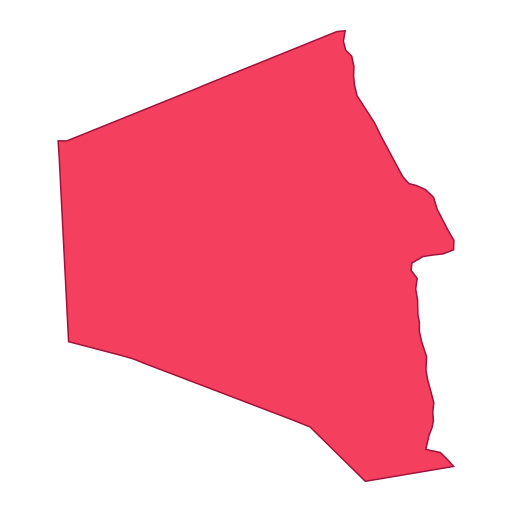 the district of Várzea Grande, Piauí, Brazil
{"feature_id": "56859067B71883429484775", "entity_name": "Várzea Grande", "entity_type": "district", "adm_level": 2, "iso_a3": "BRA", "parent_name": "Brazil", "parent_adm1": "Piauí", "projection": "albers", "projection_center": [-42.19, -6.555], "detail": "fine", "context": "isolated", "style": "filled", "palette": "rose", "viewbox_px": 512, "rotation_deg": 0, "n_neighbors": 0, "source": "geoboundaries", "source_scale": "gbopen_adm2", "svg_char_len": 859}
<svg xmlns="http://www.w3.org/2000/svg" viewBox="0 0 512 512"><path d="M59.2,157.3L68.6,341.7L99.3,349.7L109.2,352.3L124.4,356.3L133.5,359.0L146.2,364.1L290.1,419.0L310.1,427.0L365.3,481.3L453.6,466.4L446.6,458.6L440.3,452.5L425.8,449.4L429.2,434.8L432.0,427.7L433.4,420.9L432.8,412.0L433.8,402.8L430.7,390.8L427.8,380.4L425.9,369.8L426.6,356.8L421.7,341.9L419.4,331.7L419.4,322.5L417.9,314.5L417.6,300.1L415.7,289.1L417.2,278.4L411.1,270.4L411.9,263.1L422.9,256.6L432.3,255.1L443.0,253.9L453.6,249.8L453.9,240.3L447.8,229.9L444.4,223.2L437.2,209.4L433.5,197.2L425.4,189.5L416.0,185.4L408.9,183.6L402.7,176.6L382.1,138.2L374.4,122.6L362.6,104.3L357.0,95.6L354.4,84.4L353.6,76.0L353.9,66.2L351.7,56.2L345.7,50.2L343.4,41.1L345.2,30.7L336.7,31.6L205.0,84.9L198.1,87.9L66.8,140.9L58.1,140.9L59.2,157.3Z" fill="#f43f5e" stroke="#9f1239" stroke-width="1.5"/></svg>